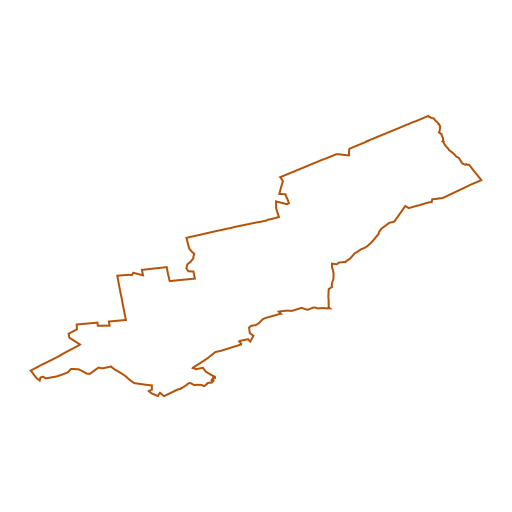 Leimaņu pag., Jekabpils, Latvia (Natural Earth projection)
{"feature_id": "27541924B9576970308212", "entity_name": "Leimaņu pag.", "entity_type": "district", "adm_level": 2, "iso_a3": "LVA", "parent_name": "Latvia", "parent_adm1": "Jekabpils", "projection": "natural_earth1", "projection_center": [25.895, 56.3], "detail": "fine", "context": "isolated", "style": "outline", "palette": "amber", "viewbox_px": 512, "rotation_deg": 0, "n_neighbors": 0, "source": "geoboundaries", "source_scale": "gbopen_adm2", "svg_char_len": 5749}
<svg xmlns="http://www.w3.org/2000/svg" viewBox="0 0 512 512"><path d="M481.3,180.2L476.9,174.5L476.2,173.7L473.8,170.9L469.2,164.8L469.0,164.7L467.4,164.8L466.8,164.6L466.6,164.4L466.5,164.2L465.3,164.8L462.3,163.4L458.8,157.9L456.4,156.7L453.7,153.7L451.5,151.9L449.1,150.1L448.4,149.1L448.4,148.9L446.2,146.6L445.4,145.5L444.5,144.3L444.0,143.2L443.5,142.4L443.3,142.0L442.8,141.7L443.5,141.4L443.3,140.9L443.1,140.5L442.9,140.0L443.1,139.1L443.1,138.5L441.6,135.2L441.5,134.0L439.4,132.8L438.9,132.3L439.5,131.1L440.0,128.9L439.8,127.9L440.2,127.3L440.2,126.4L439.3,125.1L439.2,124.3L438.5,124.2L438.1,123.1L436.7,121.6L435.9,121.2L433.8,118.5L430.8,117.8L430.0,117.0L428.8,116.7L428.4,115.9L415.6,121.3L415.0,121.5L414.5,121.5L408.4,124.1L404.4,125.7L399.5,127.8L366.9,141.2L367.1,141.4L366.6,141.5L365.9,141.9L350.3,148.4L349.8,148.6L349.5,148.9L349.2,149.3L349.1,149.7L349.0,154.0L349.0,154.6L349.1,155.2L348.6,155.4L337.8,154.2L337.4,154.2L336.5,154.2L336.0,154.4L335.1,154.7L324.1,159.2L323.8,159.3L323.4,159.3L307.2,166.0L297.3,170.1L280.2,177.2L281.1,178.2L282.7,180.9L282.9,181.2L282.6,182.1L282.2,183.4L280.5,189.5L279.3,193.9L285.5,194.3L285.6,195.3L287.2,198.5L288.9,203.1L287.0,204.2L276.0,201.4L276.1,203.8L276.1,205.8L276.2,208.6L278.9,217.0L272.0,218.9L271.2,219.0L270.9,219.2L269.8,219.4L269.3,219.4L268.9,219.4L268.4,219.5L267.5,220.0L266.2,220.6L262.8,221.2L261.7,221.7L260.5,221.8L257.2,222.3L255.2,222.8L253.8,223.0L252.0,223.4L248.8,224.1L248.1,224.2L242.2,225.4L234.9,226.9L229.1,228.4L227.7,228.5L225.9,229.0L219.9,230.3L218.2,230.6L205.9,233.4L200.2,234.8L192.8,236.4L189.2,237.2L186.5,237.9L187.2,240.7L187.6,242.4L189.2,248.5L191.1,250.9L193.2,253.0L194.3,253.9L193.5,256.1L193.3,258.3L190.9,261.5L187.3,264.4L186.4,268.4L188.4,271.3L193.4,271.5L194.9,278.6L182.4,279.8L180.1,280.0L169.8,281.1L169.7,280.9L169.5,280.6L169.0,277.7L168.9,277.4L168.7,276.9L168.0,274.0L167.4,270.7L166.7,267.1L154.3,268.5L141.9,269.9L143.0,275.3L133.3,272.8L131.8,275.1L128.9,274.8L117.3,275.7L118.0,279.4L118.9,284.5L121.2,296.2L121.7,298.2L122.8,304.6L123.8,309.5L125.4,317.5L125.9,320.0L108.9,321.5L109.6,325.7L102.6,325.7L100.0,325.8L97.8,325.7L97.4,322.6L92.4,323.1L76.7,324.5L76.9,329.3L68.6,333.8L69.3,337.6L69.6,337.8L80.0,344.5L78.5,345.5L74.2,347.8L66.8,351.7L60.9,354.9L61.0,355.1L50.3,360.6L50.2,360.6L44.2,363.6L43.7,363.8L42.9,364.2L40.5,365.4L40.4,365.4L38.0,366.8L30.7,370.6L30.8,370.7L31.0,370.8L33.6,374.4L36.1,377.7L39.7,380.5L40.5,377.5L42.9,376.7L43.1,376.8L45.7,378.4L45.8,378.4L56.9,376.4L64.0,373.9L67.8,372.4L71.0,369.0L71.3,368.9L73.4,369.0L74.6,369.1L74.8,369.1L78.4,369.3L78.7,369.3L80.1,370.1L80.4,370.2L84.8,372.5L86.7,373.6L86.8,373.6L88.7,373.8L89.0,373.8L90.0,373.8L93.7,371.0L98.5,367.6L99.1,367.7L102.6,368.4L102.9,368.3L110.6,366.6L110.9,366.5L111.1,366.6L112.6,367.9L113.3,368.4L113.4,368.5L115.4,370.0L116.6,370.5L122.2,373.9L125.7,376.3L128.4,378.8L131.1,381.0L134.2,383.1L144.7,384.6L151.6,385.4L151.8,385.4L151.8,385.6L151.9,389.6L151.5,389.7L148.8,391.1L151.2,393.2L157.0,395.7L158.1,395.9L158.2,395.6L158.4,395.1L158.8,394.5L159.1,393.9L160.0,392.8L163.9,396.1L164.2,396.0L164.5,395.9L169.0,393.7L172.6,392.0L175.7,390.5L175.6,390.4L178.0,389.4L180.7,388.9L181.4,387.9L182.1,387.9L182.4,387.7L186.1,385.3L187.4,384.1L189.3,383.1L189.9,383.0L191.0,383.3L193.9,385.0L197.8,384.8L200.8,384.9L202.4,385.3L204.0,386.2L206.1,384.7L206.6,384.4L206.8,384.3L206.9,384.1L206.8,383.7L207.0,383.4L207.6,383.3L207.9,383.0L208.7,382.9L209.1,382.7L209.5,382.5L210.8,382.8L212.0,382.4L212.1,382.2L212.0,381.9L212.1,381.6L212.3,381.4L213.2,381.2L213.4,381.1L213.5,380.9L213.3,380.7L213.0,380.6L212.5,380.7L212.3,380.7L212.2,380.6L211.9,380.4L211.6,380.1L211.8,379.9L211.8,379.6L212.1,379.4L213.2,379.2L213.4,379.1L213.5,379.0L213.5,378.7L213.2,377.9L213.1,377.6L213.1,377.4L213.3,377.3L213.5,377.2L213.9,377.4L213.9,377.5L214.0,377.7L214.4,377.8L214.7,377.9L214.8,377.9L215.0,377.9L215.0,377.7L214.9,377.1L215.0,376.9L214.9,376.7L211.5,375.1L205.9,371.8L202.9,367.8L198.4,368.7L195.9,369.3L194.4,368.3L194.2,368.3L193.1,368.2L192.7,368.1L192.9,367.7L194.1,366.9L196.3,365.5L196.6,365.3L199.4,363.6L205.9,359.4L206.9,358.7L214.8,352.5L215.5,352.0L221.0,350.8L226.9,348.9L241.8,344.3L241.7,344.3L240.2,342.5L239.2,341.4L240.0,340.9L247.1,339.4L248.0,339.2L250.2,341.6L253.4,335.8L249.8,333.1L249.5,330.9L249.1,327.6L249.3,327.4L251.0,325.9L251.1,326.0L254.1,325.3L255.5,325.2L259.1,323.1L259.6,322.4L262.7,319.2L262.8,319.2L265.2,318.2L265.8,317.9L271.8,316.2L280.7,313.7L280.8,313.7L280.7,313.6L278.8,311.6L280.6,311.3L287.2,310.6L288.6,310.7L291.5,310.9L292.2,310.8L301.3,307.9L301.5,307.9L307.0,309.7L307.3,309.8L307.8,309.7L313.4,307.5L315.1,307.6L315.5,307.7L317.6,308.3L318.3,308.4L320.9,308.2L323.8,308.1L325.2,308.2L326.8,308.4L328.3,308.3L329.7,308.3L328.6,307.5L328.7,307.4L328.6,299.6L328.3,296.7L328.7,289.5L328.8,289.0L331.9,287.1L331.8,286.5L331.8,284.7L332.5,281.4L333.4,279.1L333.6,275.2L333.5,273.5L333.1,270.6L332.3,268.3L332.0,267.7L332.0,263.7L336.0,264.2L336.9,264.2L337.0,264.1L338.5,262.8L338.8,262.6L344.1,262.0L344.5,262.1L344.9,262.1L345.3,262.1L345.6,261.9L345.7,261.7L345.8,261.6L345.9,261.4L347.7,260.1L350.0,258.7L352.5,255.8L354.8,253.2L357.6,251.7L360.5,249.6L362.8,248.6L364.7,247.8L366.8,246.5L367.2,246.2L371.5,242.4L372.7,240.9L373.8,239.7L376.3,236.7L378.7,233.9L378.9,232.1L381.0,229.2L381.3,228.8L389.3,222.8L390.7,222.5L394.3,221.6L403.6,208.4L405.3,206.0L408.8,208.1L417.5,205.6L418.4,205.5L422.7,204.2L426.8,202.9L427.1,202.8L431.1,202.0L431.7,202.1L432.2,199.3L438.7,198.6L439.0,198.3L439.3,198.4L442.0,198.2L442.7,198.0L443.0,197.9L455.8,191.8L463.7,188.1L466.1,186.9L471.3,184.4L474.1,183.2L474.9,182.9L481.3,180.2Z" fill="none" stroke="#b45309" stroke-width="2"/></svg>